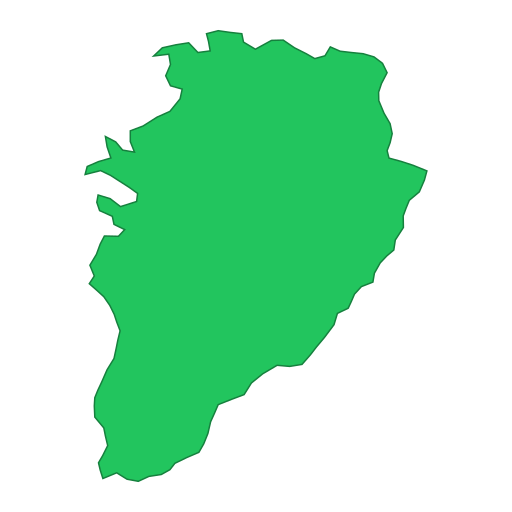 Luzerna, Santa Catarina, Brazil, rotated 270°
{"feature_id": "56859067B78781548032096", "entity_name": "Luzerna", "entity_type": "district", "adm_level": 2, "iso_a3": "BRA", "parent_name": "Brazil", "parent_adm1": "Santa Catarina", "projection": "equal_earth", "projection_center": [-51.505, -27.095], "detail": "fine", "context": "isolated", "style": "filled", "palette": "green", "viewbox_px": 512, "rotation_deg": 270, "n_neighbors": 0, "source": "geoboundaries", "source_scale": "gbopen_adm2", "svg_char_len": 1861}
<svg xmlns="http://www.w3.org/2000/svg" viewBox="0 0 512 512"><g transform="rotate(270 256 256)"><path d="M33.5,102.9L39.2,116.7L32.8,127.0L30.7,138.3L35.6,148.9L37.5,161.3L42.3,169.9L48.7,174.9L54.4,186.6L59.7,198.9L68.1,203.7L78.5,207.9L90.2,210.6L98.6,214.4L107.4,218.2L112.7,231.6L117.4,244.1L129.0,251.4L138.2,262.7L146.7,277.1L145.6,289.7L147.6,302.0L157.2,310.4L165.1,316.5L174.5,324.4L187.3,334.0L198.6,337.4L203.8,348.2L210.7,351.4L217.9,354.5L225.4,361.4L229.9,372.9L238.8,374.4L249.1,380.2L256.0,386.7L262.0,393.8L272.0,395.3L284.5,403.4L296.1,403.2L303.7,406.0L311.7,409.3L320.1,419.3L331.9,424.4L341.1,426.9L346.7,413.1L350.6,401.1L353.9,389.0L361.4,387.1L369.3,390.1L378.3,392.2L388.3,390.1L398.8,384.0L411.3,378.8L419.8,378.6L428.5,381.5L439.3,387.1L448.7,382.5L455.1,374.0L458.3,363.1L459.5,351.2L460.8,340.1L465.1,330.3L456.2,325.0L453.4,314.8L458.3,306.2L464.2,294.5L471.9,283.2L471.6,271.5L462.8,255.4L469.9,243.5L478.3,241.8L479.6,230.1L481.3,218.2L478.3,206.5L470.6,208.5L461.1,210.2L459.5,197.9L469.2,188.7L467.2,175.9L464.2,162.3L456.0,153.7L457.8,168.8L447.5,170.5L436.2,165.7L426.2,170.5L422.9,182.2L413.2,180.1L400.6,169.9L394.9,157.1L386.0,143.1L381.2,130.3L370.4,130.3L359.9,134.5L361.9,122.6L370.1,115.7L375.5,105.4L365.2,107.1L354.0,110.9L350.4,98.5L345.5,87.2L337.5,85.1L341.4,100.6L336.7,110.4L330.6,119.9L324.7,129.1L318.6,137.6L310.5,136.6L305.4,120.5L313.3,110.2L317.0,98.1L309.7,96.8L301.4,99.6L295.7,112.3L287.6,114.0L282.4,124.7L275.7,118.4L276.0,104.4L267.9,100.2L257.6,96.4L246.8,89.9L236.0,94.3L228.3,89.3L221.7,96.8L215.3,103.8L206.6,109.8L197.7,114.2L190.1,116.7L181.2,120.1L171.7,117.8L163.2,116.1L153.5,114.0L142.3,107.1L130.4,101.9L121.9,97.9L114.3,94.8L106.1,94.3L94.9,94.8L84.1,103.8L76.1,105.4L66.4,107.7L56.4,102.7L49.2,98.5L42.0,100.2L33.5,102.9Z" fill="#22c55e" stroke="#15803d" stroke-width="1.5"/></g></svg>